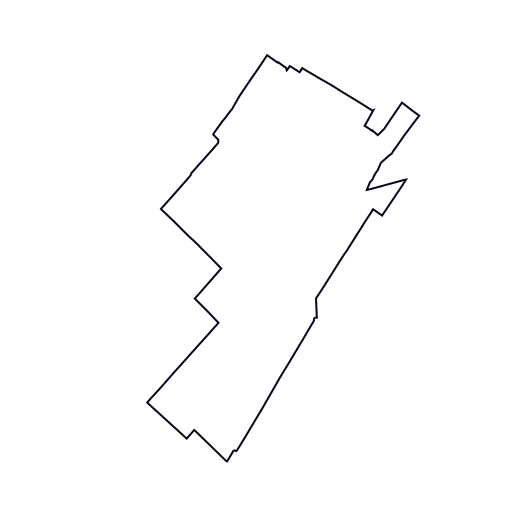 the district of Amarastii De Sus, Dolj, Romania, rotated 114°
{"feature_id": "2599482B27183359976971", "entity_name": "Amarastii De Sus", "entity_type": "district", "adm_level": 2, "iso_a3": "ROU", "parent_name": "Romania", "parent_adm1": "Dolj", "projection": "natural_earth1", "projection_center": [24.187, 43.985], "detail": "fine", "context": "isolated", "style": "outline", "palette": "ink", "viewbox_px": 512, "rotation_deg": 114, "n_neighbors": 0, "source": "geoboundaries", "source_scale": "gbopen_adm2", "svg_char_len": 2828}
<svg xmlns="http://www.w3.org/2000/svg" viewBox="0 0 512 512"><g transform="rotate(114 256 256)"><path d="M434.4,295.0L434.6,294.5L437.0,287.3L441.3,274.3L444.3,265.3L446.9,257.3L451.0,245.1L446.1,243.5L440.1,241.7L440.4,240.7L442.8,234.1L447.8,220.5L453.4,205.3L455.1,200.8L455.4,198.9L454.9,198.8L451.2,198.3L444.7,197.6L443.6,197.4L443.1,197.3L442.8,197.0L442.4,196.8L442.3,196.3L442.3,195.3L442.2,194.7L441.6,194.4L439.7,194.1L436.8,193.7L428.3,192.6L424.8,192.1L417.7,191.3L407.7,190.1L393.0,188.3L357.5,184.7L338.1,182.2L319.4,180.0L311.3,179.0L295.2,177.2L292.2,176.8L291.7,176.8L291.2,176.9L290.6,177.2L289.8,177.3L288.8,177.3L288.1,176.4L287.6,175.3L287.0,175.6L285.3,176.5L277.2,180.5L271.8,183.2L270.3,183.9L269.4,183.8L260.6,182.3L249.8,180.7L228.2,177.6L218.4,176.1L212.7,174.9L212.6,175.0L190.7,171.8L184.4,170.9L182.0,170.6L176.4,169.7L169.7,168.6L169.4,168.6L166.1,168.2L165.7,168.1L166.3,164.6L167.0,161.1L167.6,157.9L167.8,157.3L135.5,151.6L125.2,150.0L127.0,152.6L128.7,154.6L135.0,162.3L145.7,175.4L150.6,181.6L148.0,181.8L145.1,181.8L142.4,181.9L139.0,180.8L134.2,180.7L130.1,180.2L128.3,179.7L120.0,179.8L115.6,177.8L111.2,175.8L108.8,174.6L107.5,173.8L106.7,173.5L104.5,173.4L98.5,172.1L91.8,170.8L84.1,169.3L78.6,168.0L72.3,166.6L67.7,165.5L64.4,164.7L61.4,164.0L59.7,171.9L57.7,180.0L57.0,182.9L56.6,185.1L58.4,185.4L62.7,186.1L68.5,187.2L79.1,189.1L85.4,190.2L86.9,190.4L88.0,190.7L96.1,193.9L94.6,198.6L93.9,200.8L94.5,200.9L93.8,203.6L92.9,209.7L86.9,209.1L83.2,208.8L75.0,208.1L75.2,208.3L75.4,208.4L75.5,208.5L75.7,208.8L75.8,209.3L75.6,210.4L75.4,211.5L75.3,212.1L75.2,213.1L74.7,216.2L74.4,218.5L74.1,220.6L73.2,227.1L70.9,245.4L69.3,256.0L68.8,261.0L68.5,263.5L68.2,267.1L67.5,273.7L67.1,276.7L66.7,280.4L66.2,285.4L65.5,290.2L66.5,290.4L67.4,290.5L67.4,290.3L70.4,290.9L69.5,296.7L68.9,300.7L68.7,302.4L69.7,302.6L70.4,302.7L70.8,302.8L71.9,303.0L73.3,303.2L73.9,303.4L71.8,305.2L71.5,307.2L70.6,311.6L70.0,314.7L70.5,314.8L70.5,315.0L69.1,322.1L68.0,327.5L84.6,330.3L93.7,332.1L102.0,333.6L116.8,336.2L132.1,337.7L133.1,338.1L137.8,339.3L141.7,340.1L147.0,341.6L159.7,344.2L162.4,344.5L162.6,344.2L164.8,338.5L165.2,337.8L165.9,337.3L167.3,336.8L168.2,336.6L169.0,336.8L179.9,340.2L190.5,343.6L197.2,345.8L202.4,347.4L206.8,348.8L207.2,348.6L208.2,348.6L209.0,348.6L214.8,350.3L231.4,355.5L246.5,360.3L251.6,362.0L252.1,361.0L257.3,346.4L258.7,342.6L261.8,334.6L263.9,329.2L265.3,325.5L266.3,322.3L267.5,318.6L268.4,316.3L269.2,314.0L269.8,312.6L270.5,310.7L271.2,309.2L272.7,305.1L273.6,302.8L275.3,298.4L277.9,291.8L281.3,283.3L281.5,282.7L305.8,290.2L310.4,291.6L319.8,294.6L325.9,278.7L327.1,275.7L332.3,263.1L345.5,267.3L349.5,268.6L369.6,275.1L384.9,280.0L394.6,283.2L414.6,289.4L430.2,294.6L434.1,295.8L434.4,295.1L434.4,295.0Z" fill="none" stroke="#020617" stroke-width="2"/></g></svg>